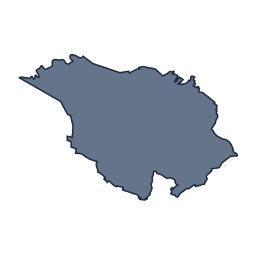 outline of Momil, Córdoba, Colombia, rotated 92°
{"feature_id": "7082276B97277797661378", "entity_name": "Momil", "entity_type": "district", "adm_level": 2, "iso_a3": "COL", "parent_name": "Colombia", "parent_adm1": "Córdoba", "projection": "mercator", "projection_center": [-75.649, 9.257], "detail": "fine", "context": "isolated", "style": "filled", "palette": "slate", "viewbox_px": 256, "rotation_deg": 92, "n_neighbors": 0, "source": "geoboundaries", "source_scale": "gbopen_adm2", "svg_char_len": 5586}
<svg xmlns="http://www.w3.org/2000/svg" viewBox="0 0 256 256"><g transform="rotate(92 128 128)"><path d="M180.5,149.5L179.9,149.3L183.2,146.9L181.5,145.3L185.9,140.0L186.6,138.7L187.0,137.3L186.5,137.2L186.6,136.4L186.6,135.5L186.6,135.4L186.9,133.5L187.5,131.0L188.7,131.2L188.8,130.8L189.0,130.5L189.6,130.7L189.6,131.1L190.1,131.2L190.4,130.2L191.2,127.9L191.2,127.0L191.4,126.2L192.3,123.7L192.7,122.2L193.7,119.5L193.7,118.1L194.0,117.3L195.7,114.8L196.8,115.1L196.9,114.7L197.4,114.9L197.7,113.9L197.1,113.7L197.4,112.8L198.8,113.0L198.6,113.7L198.8,113.8L199.0,113.0L198.8,113.0L198.9,112.2L198.9,111.4L199.1,110.7L199.3,110.7L199.2,108.3L198.4,108.4L198.4,107.3L198.1,107.3L198.1,106.3L197.3,106.4L197.4,107.6L196.6,106.4L196.3,106.1L195.8,105.9L195.3,105.1L194.1,103.9L193.6,103.6L191.5,103.6L189.6,102.5L187.8,102.0L186.7,102.0L186.0,102.2L185.4,102.6L183.9,102.7L183.0,103.0L182.7,102.9L182.1,102.4L181.5,102.1L181.1,102.1L180.2,101.9L178.9,101.8L176.7,102.2L175.0,101.4L174.0,101.1L172.6,101.0L170.7,100.9L170.0,98.6L172.3,97.7L173.5,93.2L176.9,87.6L176.3,83.7L177.9,79.7L182.0,78.4L183.3,76.2L186.4,80.6L187.4,80.7L186.2,82.3L188.1,83.3L189.8,81.9L191.3,82.2L191.6,82.5L191.8,83.0L192.2,82.8L192.5,82.4L193.0,81.6L193.1,81.1L193.2,79.2L193.8,78.5L194.3,78.1L194.7,78.0L195.4,76.1L195.2,75.9L191.7,73.6L191.0,73.0L190.3,72.2L189.3,70.4L186.4,67.3L186.4,66.9L186.7,65.8L186.7,65.5L186.4,65.2L186.3,64.7L183.9,61.7L183.3,61.2L182.7,60.3L182.4,59.4L182.3,59.0L182.5,58.7L183.1,58.7L183.9,58.8L184.1,58.5L184.1,58.1L183.6,57.0L182.6,53.4L181.9,52.2L181.6,51.2L181.6,50.7L181.7,49.9L180.4,49.2L179.2,48.9L177.2,47.5L176.4,47.2L176.0,47.2L175.5,47.3L173.8,48.0L173.2,48.1L172.8,47.9L172.0,47.2L170.5,45.2L169.7,44.7L168.3,43.2L168.0,43.0L167.5,42.9L165.8,43.0L165.3,40.4L164.8,37.2L164.6,35.9L164.4,35.6L164.2,35.4L162.6,34.6L160.9,33.4L159.8,33.0L159.1,32.5L158.2,31.2L156.8,29.6L153.0,24.9L152.7,24.1L152.4,22.8L152.3,21.1L152.3,18.9L152.2,18.3L151.9,17.9L151.6,17.8L150.9,17.8L150.6,18.0L150.2,18.4L149.4,18.9L149.3,20.0L149.1,20.7L148.9,21.0L148.4,21.2L147.5,22.2L147.2,22.2L146.8,22.0L146.7,22.0L146.1,22.3L145.4,22.3L144.7,22.5L144.2,22.9L143.7,22.9L142.8,23.5L141.1,24.2L138.2,26.4L137.2,28.3L136.3,29.5L136.0,30.7L135.7,33.0L135.0,34.4L134.7,35.4L134.2,36.0L133.9,36.7L133.7,37.0L133.5,37.6L133.0,38.3L132.9,38.7L132.5,39.2L131.9,39.7L131.1,40.7L130.4,41.3L128.6,42.3L127.6,43.0L126.9,43.8L126.3,44.2L125.5,44.4L124.2,43.4L121.8,42.0L120.7,41.2L120.2,41.0L119.1,40.7L118.0,40.6L116.9,40.3L114.6,39.0L114.3,38.9L112.6,38.8L111.4,39.1L111.3,39.7L111.0,39.7L110.9,40.2L109.3,40.1L108.5,39.8L107.9,39.8L107.6,40.6L107.1,40.5L107.0,40.3L106.8,40.5L106.2,40.4L106.3,40.0L106.0,39.9L105.8,39.9L105.7,40.1L105.6,40.3L105.4,40.3L105.4,40.1L104.6,40.1L103.7,40.0L102.3,40.0L101.3,41.6L100.2,42.9L100.0,42.7L100.3,42.2L99.5,42.1L99.2,42.3L95.8,46.8L94.9,47.8L93.0,50.6L90.2,54.4L90.0,54.6L89.9,55.2L89.4,58.3L89.0,58.5L87.1,58.3L86.1,58.0L85.3,58.4L84.3,59.1L84.0,59.6L85.2,60.1L85.4,60.4L85.2,60.9L84.8,61.2L84.8,62.4L84.6,62.6L83.7,62.6L83.8,64.1L82.9,64.0L81.6,63.7L81.4,63.2L81.7,62.2L81.3,62.2L80.9,62.7L80.5,63.0L78.2,62.9L77.8,64.4L77.7,64.4L76.9,64.3L76.3,64.0L75.6,63.5L74.8,63.1L74.0,65.1L73.9,65.8L74.0,66.1L74.7,66.3L74.6,66.9L75.8,66.9L78.6,67.4L78.6,67.6L78.2,68.4L78.2,68.7L78.3,68.9L80.9,70.8L81.2,71.2L81.9,73.6L82.0,74.5L82.3,74.6L82.6,74.9L82.4,79.3L80.7,78.2L81.1,77.4L77.7,74.6L75.4,78.6L77.8,80.2L80.5,82.0L80.1,82.9L77.6,81.8L74.6,80.0L74.1,80.2L73.6,80.6L72.6,83.0L72.3,84.0L72.5,85.5L72.3,85.4L71.9,84.8L71.2,84.2L70.4,84.0L70.0,84.0L69.7,84.3L69.7,84.7L69.7,84.9L70.4,85.8L70.5,86.3L70.1,88.2L72.5,90.9L74.7,95.3L73.2,96.8L69.2,101.4L68.2,102.7L67.9,103.7L67.3,107.3L67.1,109.5L66.9,110.5L66.7,111.7L66.4,112.8L66.1,114.7L66.2,115.8L67.2,119.3L68.0,118.6L68.5,118.3L68.7,120.2L69.0,121.5L69.3,122.1L73.1,128.5L71.3,129.2L73.0,138.1L64.8,165.4L57.9,175.3L58.1,175.4L59.2,176.9L59.5,177.8L59.5,178.4L59.1,179.6L58.6,180.8L57.8,182.1L57.3,183.3L56.8,185.5L56.7,186.8L57.0,187.7L57.4,188.1L58.5,188.5L59.5,188.4L60.5,188.1L60.9,187.8L61.8,187.0L62.6,185.8L62.8,185.6L63.2,185.6L63.6,185.8L63.9,186.2L64.3,187.4L64.6,187.8L64.8,188.0L65.7,188.5L65.9,188.7L66.1,189.6L66.1,190.3L66.0,191.2L65.8,191.7L65.5,192.1L65.0,192.6L63.3,193.6L62.3,194.7L62.0,195.3L61.9,196.4L62.4,198.3L62.5,199.2L62.2,203.4L62.4,204.5L62.8,205.3L63.5,205.7L64.2,206.0L65.4,206.0L67.8,205.8L68.6,206.0L69.1,206.4L69.7,207.3L72.1,212.0L72.3,212.7L72.2,213.1L71.8,213.6L70.3,214.9L69.1,215.9L68.8,216.2L68.8,216.5L69.0,216.9L69.4,217.4L70.7,218.0L71.3,218.5L71.9,219.4L72.5,220.5L73.1,221.2L73.6,221.5L74.0,221.7L76.0,220.6L77.5,219.4L78.4,219.0L80.0,218.8L80.5,219.0L80.5,219.3L80.4,219.8L80.3,220.1L79.9,220.5L78.8,221.4L78.5,221.9L78.5,222.2L78.8,222.6L79.2,222.8L81.0,222.8L81.8,222.9L82.3,223.2L82.4,223.6L82.4,224.0L82.2,224.4L81.6,224.7L80.3,225.4L80.0,225.7L79.9,225.9L79.9,226.3L80.1,226.6L81.4,227.5L81.7,227.8L81.8,228.0L81.4,230.7L81.2,233.9L80.9,234.8L80.8,236.0L81.0,237.3L81.7,238.2L103.8,196.3L116.6,188.8L117.4,185.9L127.2,183.2L129.2,183.0L132.1,183.1L133.6,183.2L135.0,183.0L135.5,183.1L136.8,183.5L137.5,183.4L138.2,183.5L139.2,183.3L138.4,188.5L142.3,188.3L143.9,184.3L148.9,184.2L150.6,179.2L155.0,179.6L155.1,178.2L155.2,174.8L155.8,172.9L156.2,172.2L157.9,170.0L160.0,166.1L160.6,164.7L161.3,162.6L162.6,157.9L164.5,158.4L165.9,158.4L167.5,158.1L170.6,156.9L171.9,156.6L172.7,156.6L173.5,156.4L173.6,155.3L173.8,154.5L174.0,154.2L174.9,153.2L176.3,151.2L177.5,150.1L178.3,148.9L179.7,150.3L180.5,149.5Z" fill="#64748b" stroke="#1e293b" stroke-width="1.5"/></g></svg>